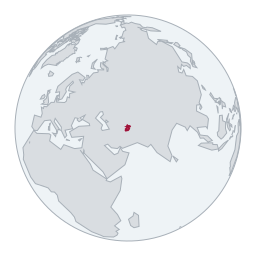 Ghor on an orthographic globe, rotated 335°
{"feature_id": "AFG-1747", "entity_name": "Ghor", "entity_type": "Province", "adm_level": 1, "iso_a3": "AFG", "parent_name": "Afghanistan", "parent_adm1": "", "projection": "orthographic", "projection_center": [65.091, 34.196], "detail": "fine", "context": "on_globe", "style": "filled", "palette": "rose", "viewbox_px": 256, "rotation_deg": 335, "n_neighbors": 0, "source": "natural_earth", "source_scale": "10m", "svg_char_len": 11603}
<svg xmlns="http://www.w3.org/2000/svg" viewBox="0 0 256 256"><g transform="rotate(335 128 128)"><circle cx="128" cy="128" r="113" fill="#eef3f6" stroke="#a8b0b8"/><path d="M145.7,16.8L147.5,17.3L157.2,20.5L162.6,22.0L159.6,21.6L171.4,25.1L178.1,28.5L169.1,24.5L167.0,24.0L170.9,26.0L169.6,26.0L170.8,27.1L168.9,27.0L163.7,24.9L162.4,24.9L165.2,26.4L165.2,27.5L161.2,25.3L160.7,27.0L151.9,24.6L142.9,19.9L136.6,19.6L123.5,17.8L123.2,18.3L118.0,18.4L115.8,19.2L114.0,18.9L113.8,19.8L115.9,19.9L116.5,20.5L115.4,21.0L112.8,20.7L113.0,20.3L111.7,20.5L111.0,20.2L110.7,20.7L107.8,20.4L109.0,21.5L105.3,22.1L103.8,21.6L106.2,20.5L108.7,17.8L107.9,17.5L104.5,18.0L93.3,21.1L91.5,21.5L87.5,22.9L87.5,23.0L90.6,22.0L89.4,22.9L93.4,21.9L93.5,22.2L96.7,21.9L93.8,23.3L89.2,24.9L86.5,25.3L84.4,26.2L85.1,27.0L78.1,29.4L70.2,33.9L68.6,34.6L69.1,33.1L74.0,29.6L74.6,28.8L71.8,30.8L67.9,32.8L66.3,33.9L65.1,34.8L65.6,34.7L63.7,35.9L65.8,34.1L66.4,33.7L67.6,32.9L66.9,33.4L69.2,31.9L69.3,31.9L76.2,28.0L83.4,24.6L90.8,21.7L98.4,19.3L106.1,17.5L114.0,16.2L121.9,15.5L129.8,15.4L137.8,15.8L145.7,16.8ZM166.8,23.3L164.5,22.3L167.1,23.3L166.8,23.3ZM171.2,27.2L172.3,27.6L172.4,28.0L171.2,27.2ZM98.0,21.3L97.3,21.6L97.1,21.5L98.0,21.3ZM100.0,20.9L100.2,20.5L101.2,20.3L101.1,20.5L100.0,20.9ZM169.7,28.4L169.6,29.1L168.8,28.0L169.7,28.4ZM99.5,21.4L103.0,20.0L104.7,19.6L105.5,20.3L99.5,21.4ZM169.0,29.3L168.9,31.5L171.2,32.3L164.7,31.5L166.9,29.7L165.6,28.1L167.5,29.2L169.0,29.3ZM117.0,19.8L114.7,19.6L117.7,19.3L117.0,19.8ZM118.7,19.4L126.9,18.1L129.6,18.8L126.4,19.0L130.8,19.7L128.2,20.6L125.1,20.4L123.9,19.8L123.8,20.7L118.7,19.4ZM161.1,30.8L160.3,31.1L160.1,30.4L161.1,30.8ZM116.9,20.6L118.3,20.2L120.8,20.7L118.5,21.7L118.4,21.2L116.9,20.6ZM133.2,19.5L134.7,20.1L133.0,21.0L133.3,21.4L128.3,20.7L133.2,19.5ZM117.3,21.4L117.3,22.2L115.1,22.5L115.7,21.1L117.3,21.4ZM122.5,20.5L123.6,20.8L122.2,20.9L122.5,20.5ZM107.2,24.4L108.8,23.7L110.3,23.9L107.2,24.4ZM117.4,22.5L118.2,22.4L118.9,22.4L118.4,23.0L117.4,22.5ZM127.5,21.4L126.4,21.8L129.4,21.8L128.2,22.6L125.1,22.0L126.0,22.6L125.6,22.9L123.5,22.1L127.5,21.4ZM120.2,23.8L115.9,23.6L112.5,24.7L111.2,24.6L116.7,22.8L120.2,23.8ZM122.3,22.9L120.7,23.4L119.8,22.8L120.4,22.1L122.3,22.9ZM128.5,23.4L131.1,22.3L131.7,22.5L128.5,23.4ZM119.4,24.2L120.5,24.3L119.3,24.4L119.4,24.2ZM125.9,23.8L126.8,23.3L127.4,23.5L125.9,23.8ZM121.9,24.9L120.5,24.7L120.8,24.2L121.9,24.9ZM123.9,24.4L124.6,24.9L121.8,24.1L124.2,24.2L123.9,24.4ZM126.4,24.0L127.1,24.0L126.0,24.2L126.4,24.0ZM121.4,27.0L117.9,26.2L118.6,25.0L122.0,25.9L121.4,27.0ZM19.1,131.2L19.9,112.1L22.2,108.2L24.5,101.4L41.6,90.3L43.1,94.3L54.1,99.9L55.1,101.8L51.5,106.6L58.0,119.0L62.8,116.0L70.9,124.1L77.8,126.4L84.3,116.8L73.1,112.7L73.4,106.8L84.2,105.7L94.3,109.7L94.8,107.5L90.3,101.0L94.5,98.2L88.9,98.5L89.8,101.2L86.3,101.6L85.3,99.2L86.8,98.2L84.3,96.3L77.6,102.0L77.7,105.3L70.0,103.4L69.4,108.9L66.6,110.2L66.5,101.6L68.0,99.1L66.1,88.5L63.8,90.9L65.5,101.1L64.1,99.7L61.0,103.4L62.3,99.4L61.1,88.0L55.4,86.1L44.7,92.0L42.1,90.4L41.4,86.1L48.7,76.8L53.7,81.4L56.4,78.6L58.3,72.5L59.6,74.6L61.0,72.8L63.2,74.4L69.2,72.3L71.9,73.6L77.0,68.7L79.0,68.8L75.4,71.6L74.3,74.4L81.3,78.1L83.5,77.6L86.2,74.2L87.8,75.9L89.6,72.2L94.9,72.9L89.9,69.1L93.0,65.5L97.7,64.0L97.8,62.3L90.1,64.9L87.9,66.6L87.4,69.1L80.4,73.7L77.4,73.4L81.3,66.3L77.5,65.3L82.1,60.6L100.1,55.8L106.2,56.1L110.4,64.1L107.4,65.9L104.4,63.8L104.6,69.0L105.8,67.0L107.1,68.5L110.4,65.8L111.5,66.8L112.8,62.8L114.5,63.7L113.7,66.2L120.0,63.5L124.3,64.8L125.2,63.7L124.9,62.3L130.5,65.1L130.9,64.3L129.3,63.0L129.0,60.5L130.8,57.3L132.6,58.4L132.2,59.7L134.2,64.4L132.9,68.0L133.8,68.1L135.4,65.4L133.0,59.6L133.5,57.4L135.1,59.9L134.6,58.8L135.4,58.1L138.0,58.5L136.4,55.8L143.2,47.4L148.8,47.8L149.5,50.7L156.1,47.1L161.9,48.4L160.4,47.1L162.5,44.9L160.7,44.4L160.1,43.7L164.8,38.6L167.4,38.5L167.6,35.4L166.8,34.9L165.0,34.7L164.7,31.5L171.2,32.3L172.7,33.5L175.8,33.5L178.7,36.4L182.5,39.1L183.9,42.8L186.9,44.8L187.7,44.5L192.4,47.4L198.8,54.4L189.7,49.6L179.2,40.6L183.2,44.1L181.1,43.7L181.8,45.3L184.7,48.0L185.8,48.0L184.5,55.4L189.1,64.4L191.6,62.2L195.0,63.5L202.5,73.3L204.8,90.9L209.3,94.1L210.8,97.2L209.6,100.4L207.4,96.0L204.5,95.7L203.4,92.9L200.6,97.1L199.0,93.3L197.7,98.7L200.2,101.0L203.2,98.5L202.8,105.2L208.2,108.5L210.8,114.6L208.5,128.8L203.1,135.2L203.1,137.3L199.9,136.2L197.3,141.6L204.4,150.5L204.8,153.7L199.7,162.0L199.3,159.7L190.9,156.8L190.4,164.8L196.8,168.8L199.1,175.0L194.6,174.5L192.2,169.0L189.2,167.8L189.2,161.2L185.2,152.2L180.6,155.4L180.3,151.4L174.1,144.3L167.1,148.5L156.5,161.2L156.2,171.5L152.0,176.3L143.9,162.5L141.8,152.5L137.9,153.7L130.3,145.2L114.4,144.1L113.0,141.2L109.8,142.2L104.6,138.9L102.8,134.1L99.3,133.9L104.3,146.4L108.2,146.6L112.7,142.6L113.3,146.9L118.4,151.0L109.7,160.0L87.5,165.1L86.8,157.1L77.6,132.3L78.7,130.0L78.7,129.8L78.7,129.2L76.4,132.7L75.3,127.8L78.6,144.8L78.5,151.4L87.2,165.4L86.0,166.4L89.2,169.4L101.4,168.7L101.1,171.2L94.5,181.4L79.0,192.4L81.9,201.9L82.3,209.0L74.5,211.0L77.2,216.3L73.5,216.5L74.5,219.1L72.7,220.5L68.8,220.7L60.1,216.2L58.0,213.7L51.3,206.7L41.3,190.8L41.8,186.0L40.4,180.5L34.3,164.9L35.5,159.0L34.3,155.0L31.5,153.4L30.3,148.6L28.8,147.0L20.6,139.3L19.1,131.2ZM33.3,98.6L32.2,100.4L33.3,98.6ZM103.6,119.4L110.6,121.1L110.0,113.8L112.7,114.0L111.5,111.5L110.0,113.3L107.5,106.8L111.4,105.4L111.9,102.4L109.6,101.7L102.7,105.3L106.2,114.5L103.5,117.0L103.6,119.4ZM67.8,32.9L67.6,33.1L66.1,34.2L66.3,33.9L67.8,32.9ZM62.7,38.0L59.8,39.7L62.0,38.2L61.7,38.0L65.8,34.8L68.0,34.7L66.3,35.2L62.7,38.0ZM71.9,30.9L69.0,32.7L72.1,30.8L71.9,30.9ZM66.5,62.3L66.3,64.2L64.1,65.7L60.7,64.8L63.9,62.5L66.5,62.3ZM66.6,66.6L71.3,60.2L73.6,60.7L71.5,61.5L72.6,62.5L69.5,63.9L67.0,71.0L64.9,72.9L59.8,69.8L62.7,69.6L62.7,67.7L66.6,66.6ZM79.4,45.5L81.5,43.4L83.7,47.2L81.5,48.7L78.0,47.7L78.6,45.3L79.4,45.5ZM100.4,23.3L101.1,22.7L101.8,22.8L101.8,23.2L100.4,23.3ZM107.9,24.0L98.3,25.8L98.5,25.3L92.6,27.4L91.0,26.7L94.9,25.3L89.2,26.6L92.1,25.0L88.2,26.1L97.0,23.1L99.3,22.0L97.3,23.4L98.8,24.0L100.1,23.9L105.6,23.0L111.3,21.2L113.6,21.7L113.8,22.6L112.7,23.1L111.5,22.5L111.0,23.6L108.5,23.2L107.9,24.0ZM113.8,36.2L112.8,34.6L111.4,38.0L108.9,37.1L108.8,37.6L106.1,37.7L102.8,38.8L102.0,38.2L101.0,38.9L99.2,39.1L97.7,40.0L95.7,39.2L93.6,40.2L93.8,39.3L90.8,41.2L92.1,39.5L89.9,39.8L89.8,41.3L82.8,36.5L78.8,36.3L74.7,37.2L77.6,34.4L83.3,31.9L89.8,30.2L93.2,31.0L93.9,29.7L95.8,29.8L94.5,30.7L97.6,29.3L98.8,29.7L104.6,29.0L108.3,27.1L110.6,26.9L109.7,27.9L112.5,27.0L112.3,28.8L113.9,28.8L115.3,30.7L112.6,32.7L114.6,32.6L115.7,34.2L113.8,36.2ZM121.7,27.6L119.1,29.9L116.4,30.7L115.2,27.2L113.7,27.0L112.8,25.0L116.7,24.0L116.6,24.7L117.4,25.0L115.9,25.2L117.7,25.4L117.6,26.3L119.1,26.7L117.8,27.3L121.7,27.6ZM57.7,100.8L58.7,101.7L60.6,102.6L58.8,105.1L57.7,100.8ZM56.7,93.0L57.8,93.3L56.1,97.0L55.0,96.1L56.7,93.0ZM60.0,90.5L58.0,93.1L58.4,91.2L60.0,90.5ZM76.6,71.8L78.0,72.0L77.6,72.9L76.1,73.8L76.6,71.8ZM108.9,47.0L108.8,45.7L109.6,45.5L111.5,42.9L113.5,43.5L113.1,45.3L108.9,47.0ZM81.5,118.0L78.7,119.3L78.0,117.9L79.1,117.7L81.5,118.0ZM67.5,112.2L70.0,114.9L67.0,112.8L67.5,112.2ZM111.4,47.2L112.0,46.0L112.6,47.1L111.4,47.2ZM115.1,43.9L116.1,44.9L114.0,43.3L115.1,43.9ZM133.0,239.7L134.6,239.8L132.6,239.9L133.0,239.7ZM100.6,211.6L96.4,221.9L91.3,220.9L89.2,217.5L89.9,210.9L95.4,209.9L97.8,207.0L100.6,211.6ZM217.7,180.3L219.6,179.3L219.5,179.7L217.7,180.3ZM215.8,180.3L218.1,178.9L215.2,181.4L215.8,180.3ZM219.0,178.3L221.4,175.9L222.4,174.5L222.1,175.5L219.0,178.3ZM214.1,181.3L204.4,186.3L200.3,187.1L201.4,185.1L208.1,182.4L214.1,181.3ZM201.1,185.2L194.6,183.5L184.4,173.6L188.1,172.7L198.5,177.2L197.9,178.8L201.8,180.7L201.1,185.2ZM216.1,169.8L215.4,174.2L210.2,176.8L207.7,177.4L206.0,173.0L207.0,169.8L209.1,168.9L216.2,155.4L218.8,156.2L216.9,161.5L219.0,163.8L216.1,169.8ZM156.8,172.3L159.9,177.8L157.5,179.1L156.8,172.3ZM218.3,147.0L215.9,152.9L217.8,145.7L218.3,147.0ZM218.9,140.7L219.5,142.7L218.0,141.4L218.9,140.7ZM203.8,140.4L201.6,141.9L201.2,140.4L203.7,137.5L203.8,140.4ZM212.8,119.9L214.2,124.5L214.2,126.3L212.6,124.0L212.8,119.9ZM129.4,52.6L124.5,55.3L122.3,58.1L123.1,60.8L119.8,58.4L123.2,54.1L129.4,52.6ZM141.3,47.8L140.5,45.8L142.3,46.1L142.7,46.6L141.3,47.8ZM139.9,47.0L136.3,45.7L136.8,44.2L139.5,45.5L139.9,47.0ZM123.7,46.0L122.1,46.7L121.6,45.8L123.7,46.0ZM214.6,200.0L201.6,212.8L199.3,214.1L201.8,211.6L203.5,206.9L204.4,206.4L206.1,202.3L215.7,192.9L223.1,181.0L226.2,178.4L229.9,170.0L232.5,166.9L230.5,172.6L231.7,171.8L236.0,158.8L234.9,163.4L232.0,171.3L228.5,179.0L224.4,186.3L219.8,193.3L214.6,200.0ZM222.4,177.2L225.3,172.2L226.6,170.8L222.4,177.2ZM238.0,152.0L237.8,151.6L236.5,156.6L234.3,160.4L235.2,157.6L235.1,155.4L232.1,158.4L231.5,157.4L232.8,154.7L230.4,155.8L233.1,152.1L233.9,154.7L235.3,150.0L237.1,147.6L238.5,145.8L239.1,146.0L238.7,147.8L238.7,149.0L238.0,152.0ZM232.6,160.5L233.0,160.0L232.5,161.6L232.6,160.5ZM240.1,139.5L239.6,143.6L239.3,144.8L240.1,138.7L240.2,138.2L240.1,139.5ZM240.2,138.0L240.2,137.3L240.3,136.4L240.3,136.8L240.2,138.0ZM227.2,162.9L227.0,164.0L226.3,163.9L227.2,162.9ZM228.3,161.3L230.5,160.2L228.0,162.4L228.3,161.3ZM220.4,163.8L221.2,165.8L223.8,162.3L221.8,166.1L223.3,169.0L222.6,171.0L221.2,167.7L220.2,172.8L219.0,173.5L218.6,170.0L220.0,164.3L221.1,161.5L225.7,157.2L220.4,163.8ZM228.4,158.2L227.7,155.8L228.1,153.3L228.9,154.3L228.4,158.2ZM225.4,150.2L223.2,148.1L221.5,150.7L224.4,143.1L226.2,146.4L225.4,150.2ZM222.9,143.6L221.4,146.0L222.7,141.8L222.9,143.6ZM220.8,145.1L220.2,142.7L221.6,142.1L220.8,145.1ZM223.7,143.0L223.4,138.5L224.4,140.6L223.7,143.0ZM218.6,137.5L222.2,139.6L218.2,140.5L216.2,132.3L217.8,131.0L218.6,137.5ZM215.8,97.7L214.4,95.6L215.3,94.0L216.1,95.9L215.8,97.7ZM217.0,87.6L215.1,92.9L213.4,97.5L214.8,97.8L215.9,102.4L212.8,99.8L212.8,93.7L214.5,91.0L213.0,87.4L213.2,83.8L210.6,80.0L210.1,77.7L213.0,80.4L217.0,87.6ZM209.3,78.5L204.8,71.6L207.3,70.5L208.9,71.8L209.9,75.4L208.5,75.7L209.3,78.5ZM204.5,69.6L203.1,70.0L193.5,62.1L192.1,60.2L200.7,65.2L199.9,65.9L201.8,68.1L204.5,69.6ZM161.4,31.6L160.4,31.2L161.5,31.2L161.4,31.6ZM159.1,43.5L158.5,42.5L159.9,42.4L159.1,43.5ZM157.6,39.7L156.5,40.5L156.9,39.2L157.6,39.7ZM154.1,42.3L155.7,40.5L155.2,42.9L154.1,42.3Z" fill="#d9dde1" stroke="#a8b0b8" stroke-width="1"/><path d="M130.1,126.6L130.3,126.7L130.3,126.8L130.5,126.9L130.5,127.0L130.6,127.3L130.6,127.5L130.4,127.5L130.2,127.6L129.9,127.6L129.7,127.7L129.4,127.7L129.1,127.7L128.9,127.7L128.7,127.7L128.7,127.8L128.6,128.0L128.6,128.3L128.7,128.5L128.6,128.8L128.7,129.0L128.8,129.1L128.7,129.2L128.6,129.3L128.4,129.5L128.5,129.5L128.4,129.6L128.2,129.6L127.8,129.8L127.7,129.9L127.6,130.0L127.5,129.9L127.4,129.9L127.2,129.8L127.1,129.7L127.0,129.8L126.9,129.9L126.9,130.0L126.7,130.1L126.5,129.9L126.4,129.8L126.4,129.7L126.2,129.4L125.9,129.4L125.9,129.5L125.7,129.5L125.4,129.7L125.1,129.7L124.9,129.7L124.7,129.4L124.7,129.2L124.8,129.2L125.0,129.1L125.3,129.0L125.4,128.9L125.5,128.8L125.5,128.7L125.4,128.6L125.3,128.4L125.2,128.2L125.3,128.0L125.4,127.8L125.7,127.8L125.8,127.8L126.0,127.9L126.3,127.9L126.5,127.9L126.5,127.7L126.6,127.4L126.8,127.4L127.0,127.4L127.0,127.2L127.3,127.0L127.5,127.0L127.8,126.9L127.9,126.7L127.9,126.4L127.7,126.3L127.7,126.2L127.4,126.0L127.5,126.0L127.6,125.9L127.6,126.0L127.8,126.0L128.0,125.9L128.1,126.0L128.2,125.9L128.2,126.0L128.3,126.0L128.5,126.0L128.6,125.9L128.6,126.0L128.8,125.9L128.9,126.0L129.0,126.0L129.3,126.3L129.5,126.3L129.5,126.5L129.6,126.8L129.7,126.7L129.8,126.7L130.0,126.6L130.1,126.6Z" fill="#f43f5e" stroke="#9f1239" stroke-width="1.5"/></g></svg>